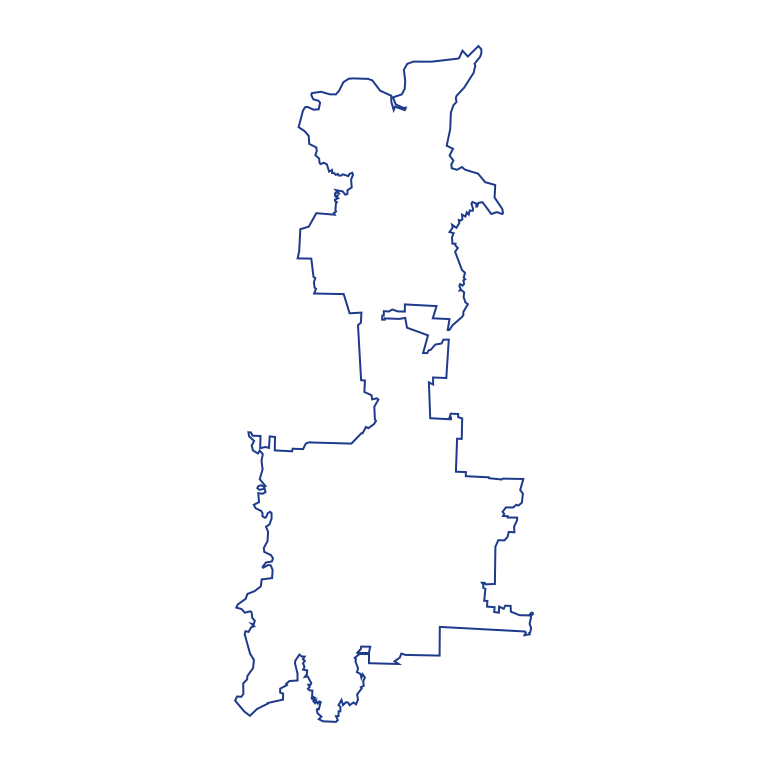 Kota Medan, Sumatera Utara, Indonesia
{"feature_id": "22746128B40654739963843", "entity_name": "Kota Medan", "entity_type": "district", "adm_level": 2, "iso_a3": "IDN", "parent_name": "Indonesia", "parent_adm1": "Sumatera Utara", "projection": "robinson", "projection_center": [98.666, 3.642], "detail": "fine", "context": "isolated", "style": "outline", "palette": "blue", "viewbox_px": 768, "rotation_deg": 0, "n_neighbors": 0, "source": "geoboundaries", "source_scale": "gbopen_adm2", "svg_char_len": 6079}
<svg xmlns="http://www.w3.org/2000/svg" viewBox="0 0 768 768"><path d="M456.5,102.0L455.8,98.1L456.5,95.9L464.1,87.7L473.7,72.7L475.3,65.6L474.5,63.8L480.1,56.8L481.4,53.0L481.3,49.2L478.4,46.1L467.8,56.5L462.5,50.7L459.1,58.1L458.0,58.6L431.4,61.7L413.3,61.6L407.2,63.9L403.9,69.7L405.2,80.9L404.7,88.9L401.8,94.4L393.0,97.3L395.7,104.4L403.4,107.9L405.8,107.7L404.8,110.1L395.1,106.7L393.7,110.1L391.3,101.6L391.2,95.7L380.2,90.7L372.3,80.4L368.1,78.9L353.6,78.4L348.8,78.7L343.4,82.2L339.0,90.9L335.8,94.4L329.7,94.3L321.1,91.8L311.9,93.1L311.3,95.1L313.3,99.3L318.5,100.8L320.1,102.7L318.7,109.3L313.6,109.7L307.5,106.9L305.1,107.2L303.0,110.5L298.6,127.2L304.3,130.9L308.7,135.8L309.2,143.9L316.3,147.4L316.8,151.2L315.3,155.1L319.1,158.6L319.6,163.0L320.6,164.1L323.8,162.7L326.9,164.4L329.1,171.6L332.1,170.0L332.1,173.1L334.3,173.2L335.8,174.9L337.8,173.9L338.7,175.4L340.9,175.7L342.8,174.3L348.3,176.1L349.5,173.9L352.3,172.8L353.0,174.9L351.1,179.5L351.7,187.5L347.5,190.2L347.3,194.0L345.3,194.7L342.7,191.4L335.9,190.1L338.5,192.9L335.5,192.7L334.9,193.9L335.2,196.0L337.8,195.4L336.5,197.2L338.1,198.3L334.9,199.7L335.0,201.0L336.9,202.2L335.9,203.4L335.4,210.2L336.1,211.5L333.9,213.0L334.8,214.7L316.3,213.2L308.8,226.6L300.3,229.2L299.2,251.2L297.6,258.4L311.3,258.6L313.5,276.8L315.3,278.1L313.9,282.3L314.6,287.6L316.0,288.8L314.1,293.5L343.7,294.1L349.6,313.3L361.4,312.6L360.9,322.7L358.0,325.2L361.1,380.2L364.9,380.5L364.4,392.0L371.5,395.2L372.2,399.4L376.9,398.3L378.4,399.6L374.3,406.7L374.9,419.5L376.0,420.8L374.0,424.1L368.3,428.2L365.9,427.0L362.6,433.3L361.4,433.2L351.4,443.6L308.6,442.4L305.7,443.7L303.1,449.1L292.6,448.7L292.1,451.3L274.8,450.4L275.0,437.0L269.7,436.4L269.0,447.9L265.3,447.0L260.2,448.2L260.5,436.0L252.5,435.7L250.9,432.4L248.4,432.3L249.1,436.3L254.1,440.9L251.7,445.5L252.9,450.4L257.9,453.5L259.7,450.6L262.8,454.1L261.5,460.7L262.6,469.4L259.7,479.2L265.5,486.1L263.9,486.8L261.0,485.2L258.3,486.2L257.3,488.1L259.5,489.9L264.6,488.6L265.5,492.1L262.7,493.7L258.3,493.2L259.0,502.2L253.8,504.8L255.6,508.2L261.2,511.0L262.5,513.1L262.5,516.3L264.7,517.7L265.9,517.4L267.8,513.2L270.1,511.8L271.5,513.0L271.6,518.4L269.5,524.5L266.0,526.7L268.1,531.9L267.5,541.1L263.8,548.0L264.3,551.9L271.1,555.2L273.0,558.3L271.9,561.5L265.9,562.5L262.6,566.9L263.2,567.7L268.3,565.0L270.7,565.4L272.6,569.9L272.1,578.1L261.7,579.4L260.8,586.4L254.6,591.1L247.5,593.9L245.6,598.9L237.8,604.4L236.3,607.6L241.5,609.0L244.9,612.7L250.2,611.3L251.6,612.3L252.2,617.7L254.8,620.9L253.7,624.3L251.6,623.8L254.1,626.3L251.2,627.2L248.6,631.9L245.5,631.2L244.7,634.4L250.1,653.7L253.9,659.9L253.1,668.0L247.4,676.0L247.1,679.4L243.2,683.4L243.4,694.0L241.3,696.8L237.0,696.5L235.1,700.6L244.3,711.5L249.9,715.8L257.0,709.0L268.6,703.2L266.9,703.2L283.0,699.6L283.1,693.6L280.2,692.7L280.2,688.6L287.0,685.1L286.1,683.9L289.5,681.0L297.5,680.5L297.5,673.7L295.0,663.4L295.3,660.7L299.4,654.6L301.8,656.5L304.6,656.6L302.9,659.2L304.8,660.8L303.0,663.4L304.5,666.9L303.1,669.6L307.2,670.4L306.8,674.3L304.9,676.9L307.7,676.4L311.3,683.2L310.5,684.8L308.4,684.8L309.7,687.0L307.9,688.8L309.6,690.4L312.4,690.6L312.1,696.3L314.6,697.6L311.7,697.8L311.8,698.7L315.4,699.9L313.4,701.2L315.2,703.3L316.6,701.5L317.9,703.5L319.2,701.4L320.7,702.0L318.8,709.3L317.2,709.0L316.8,710.2L317.6,713.4L321.4,716.6L318.8,719.2L323.0,721.3L335.9,721.9L337.8,720.1L336.0,716.1L338.5,716.1L338.6,711.3L340.3,711.3L340.5,707.1L338.6,705.0L341.5,699.9L343.0,705.1L346.0,702.2L348.1,702.6L349.6,705.2L353.5,702.5L356.0,704.3L358.0,699.7L357.1,694.4L361.7,688.4L360.9,687.2L363.7,685.9L363.2,681.1L364.9,677.5L362.6,674.2L361.4,677.8L360.4,673.8L356.9,672.1L358.1,668.5L355.5,661.6L356.0,659.2L354.7,657.9L359.3,654.2L357.2,652.9L361.0,648.8L361.1,646.6L370.2,646.7L368.9,653.0L357.4,652.9L359.4,654.0L369.0,654.1L369.0,663.2L398.7,664.0L394.5,661.3L399.8,657.6L401.3,653.6L405.4,654.9L439.6,655.6L439.8,626.9L525.0,631.5L525.8,632.4L524.5,635.2L529.7,634.3L529.2,633.0L530.2,632.4L531.1,628.0L529.6,623.8L531.1,617.1L530.3,615.8L532.9,614.2L532.8,613.0L531.6,612.6L528.9,615.4L519.6,615.2L510.9,611.7L510.6,605.9L505.2,605.7L503.7,608.8L499.1,606.6L498.9,612.7L494.2,612.0L494.6,607.2L487.0,606.6L487.4,600.9L484.2,600.8L485.4,588.9L483.3,587.8L483.2,584.3L482.0,582.8L484.7,582.8L485.5,584.3L494.9,584.0L495.4,546.7L498.3,540.2L504.4,540.4L507.5,537.0L508.8,531.9L514.4,532.3L514.1,526.6L517.1,520.2L517.1,517.6L507.7,517.5L507.7,516.2L503.1,516.0L504.2,513.9L502.6,511.8L505.9,507.4L513.1,507.5L516.3,504.8L518.5,505.5L521.9,502.6L522.9,493.7L520.2,490.0L523.3,479.0L502.9,478.6L501.8,479.5L489.0,478.2L488.8,477.3L465.8,476.2L465.9,472.1L455.9,471.7L457.1,438.7L461.7,438.9L462.2,418.5L458.1,417.1L458.2,414.0L450.7,413.7L449.6,417.4L451.0,417.5L450.9,419.3L430.2,418.2L428.9,382.4L433.1,384.5L433.1,377.5L446.3,378.0L448.8,339.6L443.3,339.7L441.6,343.5L435.4,344.5L430.8,349.7L428.5,350.5L427.3,353.1L423.1,353.0L428.0,335.4L407.0,327.7L405.2,317.9L399.5,318.9L384.8,318.4L384.7,319.7L382.1,319.6L382.4,315.5L383.8,315.5L383.8,311.2L388.8,311.5L392.3,309.5L397.9,311.4L404.8,311.6L404.9,304.4L436.5,306.1L432.8,318.3L449.5,319.1L447.7,330.0L449.4,330.0L452.5,325.3L462.0,317.0L463.4,314.9L463.3,312.0L467.9,304.2L465.4,302.3L463.6,297.0L464.2,292.4L461.3,290.1L459.8,290.4L460.7,288.9L459.3,286.0L460.1,284.1L462.5,285.6L464.1,283.9L463.4,280.3L465.2,279.3L463.7,277.6L465.0,272.8L462.0,270.0L455.1,251.8L457.8,248.0L455.3,245.3L455.5,243.7L452.4,243.7L452.0,237.4L453.6,233.2L449.5,232.0L452.7,227.6L452.1,224.8L456.4,227.8L459.3,223.1L458.8,220.0L460.7,220.6L462.4,219.2L462.0,214.6L465.4,216.5L466.8,212.3L468.8,214.5L469.7,210.5L472.6,210.8L473.1,209.1L471.4,203.6L472.4,202.0L476.4,203.7L476.3,206.6L477.2,206.5L478.3,202.9L482.5,202.2L491.3,214.0L496.7,212.1L502.2,214.0L503.0,213.1L502.3,209.0L494.6,197.6L495.2,185.0L485.2,182.2L478.1,173.7L464.9,169.6L462.0,167.0L457.0,169.8L451.8,168.2L451.3,164.5L453.4,160.5L449.6,155.5L453.0,148.8L446.7,145.7L450.2,129.2L450.9,112.4L453.5,105.1L456.5,102.0Z" fill="none" stroke="#1e3a8a" stroke-width="2"/></svg>